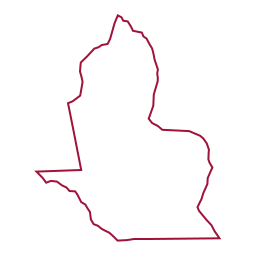 the district of Cafeara, Paraná, Brazil
{"feature_id": "56859067B49164641112145", "entity_name": "Cafeara", "entity_type": "district", "adm_level": 2, "iso_a3": "BRA", "parent_name": "Brazil", "parent_adm1": "Paraná", "projection": "mercator", "projection_center": [-51.713, -22.795], "detail": "fine", "context": "isolated", "style": "outline", "palette": "rose", "viewbox_px": 256, "rotation_deg": 0, "n_neighbors": 0, "source": "geoboundaries", "source_scale": "gbopen_adm2", "svg_char_len": 1132}
<svg xmlns="http://www.w3.org/2000/svg" viewBox="0 0 256 256"><path d="M210.1,172.6L212.4,167.5L209.6,162.8L208.4,159.4L208.6,153.8L208.9,149.6L206.8,143.5L203.3,138.5L200.0,135.7L189.1,131.1L174.8,130.4L162.3,129.8L158.0,126.1L152.1,123.0L148.7,118.7L153.3,105.8L153.8,94.5L157.7,81.2L157.8,77.7L157.2,73.6L157.9,69.5L154.6,59.6L153.3,52.9L152.1,48.5L149.2,43.6L146.6,38.6L143.4,36.4L141.9,32.6L133.0,30.8L130.8,26.3L127.7,21.4L123.2,20.7L121.6,17.4L117.8,15.4L114.6,23.1L110.1,39.0L107.6,44.0L101.8,45.0L98.4,47.3L94.3,48.6L87.1,56.4L80.8,62.5L80.4,66.4L80.0,71.5L81.4,76.5L82.6,81.9L80.2,95.6L72.5,101.4L68.0,103.2L68.9,107.6L73.7,131.6L81.2,170.0L36.5,171.6L42.8,178.1L46.2,182.7L50.9,180.9L57.0,181.6L61.9,185.3L66.5,187.5L69.5,191.0L75.2,191.4L77.2,194.3L79.0,197.7L81.2,202.1L85.3,204.5L87.3,208.0L90.0,212.1L90.9,219.5L93.7,224.2L98.0,225.8L101.3,228.6L104.7,230.5L109.3,232.7L113.7,236.7L117.6,240.6L127.0,240.1L134.0,239.0L149.9,239.0L219.5,238.3L214.6,231.2L211.4,225.1L206.3,219.7L199.0,210.8L197.5,207.1L201.5,199.0L203.4,192.9L207.4,184.0L207.7,178.1L210.1,172.6Z" fill="none" stroke="#9f1239" stroke-width="2"/></svg>